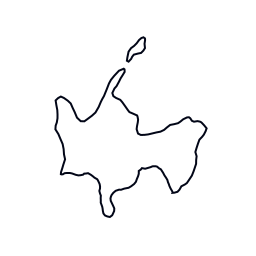 Neftchala District, Neftçala, Azerbaijan (Albers equal-area conic projection), rotated 203°
{"feature_id": "54616110B40961788089107", "entity_name": "Neftchala District", "entity_type": "district", "adm_level": 2, "iso_a3": "AZE", "parent_name": "Azerbaijan", "parent_adm1": "Neftçala", "projection": "albers", "projection_center": [49.058, 39.291], "detail": "fine", "context": "isolated", "style": "outline", "palette": "ink", "viewbox_px": 256, "rotation_deg": 203, "n_neighbors": 0, "source": "geoboundaries", "source_scale": "gbopen_adm2", "svg_char_len": 2613}
<svg xmlns="http://www.w3.org/2000/svg" viewBox="0 0 256 256"><g transform="rotate(203 128 128)"><path d="M61.7,85.7L60.0,86.6L57.9,88.3L57.5,88.6L56.5,91.4L56.1,95.2L53.6,98.2L52.3,100.3L51.5,104.3L50.6,109.1L50.7,113.8L51.3,121.6L52.8,125.3L53.8,128.8L56.6,132.2L57.1,136.5L57.5,141.2L57.7,145.2L56.3,148.9L55.6,151.5L55.3,155.5L55.4,156.6L55.5,158.4L58.9,160.2L62.3,161.7L63.6,162.0L64.6,161.9L66.7,161.5L69.7,159.6L72.0,159.6L74.5,161.3L76.1,161.7L77.4,161.0L77.8,160.8L80.6,157.6L82.2,154.5L83.8,152.0L87.1,149.5L90.4,147.3L92.5,143.5L94.0,140.4L96.7,137.3L100.0,135.1L103.5,132.5L106.9,130.0L110.2,128.1L113.5,126.6L116.6,126.8L119.6,130.3L120.4,133.1L121.2,137.0L122.0,139.7L123.6,142.1L124.5,143.1L129.7,143.2L132.9,143.2L134.9,144.3L138.9,146.8L143.3,149.5L146.1,150.9L150.8,151.0L153.9,151.6L156.1,154.1L155.9,159.1L154.9,162.0L154.4,167.1L154.2,170.8L153.6,174.4L153.2,177.2L153.0,178.3L154.1,180.6L155.1,180.9L158.7,177.2L161.1,170.6L162.5,165.7L162.9,161.6L162.7,155.2L162.6,148.0L163.0,144.7L163.2,141.5L163.2,139.7L163.2,135.9L164.0,129.5L166.0,125.2L169.1,119.9L170.8,117.1L174.2,115.8L179.0,117.6L183.3,121.8L186.7,124.8L190.3,128.2L194.1,129.6L198.7,130.6L202.1,130.7L204.0,128.3L205.4,125.1L202.9,121.1L200.1,116.9L198.2,113.0L196.7,109.4L195.7,105.3L195.5,101.9L194.3,98.4L189.7,95.2L185.9,91.5L181.9,87.7L179.0,83.4L176.6,78.7L173.7,74.6L173.2,69.0L172.8,65.6L172.4,61.2L171.5,58.5L171.4,59.2L169.9,59.9L168.7,61.6L167.1,62.5L163.8,63.9L161.8,64.3L157.8,64.5L155.1,65.0L153.1,66.1L151.1,67.5L150.5,68.9L149.0,69.6L147.1,70.8L143.8,70.4L141.4,69.8L139.5,69.2L136.3,68.8L135.2,68.0L133.6,66.6L132.2,65.3L130.9,63.3L130.1,61.3L129.8,58.9L128.1,56.7L126.6,55.2L125.8,52.9L124.7,50.6L123.9,48.6L121.0,45.5L119.9,43.9L118.7,41.8L117.2,39.7L115.0,38.5L112.5,38.5L109.9,39.0L108.5,41.4L108.4,42.3L108.3,46.1L109.2,48.6L111.2,50.5L112.9,52.0L115.4,54.2L116.6,56.3L116.9,58.1L116.9,59.9L116.2,62.6L114.8,65.4L112.2,67.7L110.2,68.5L107.8,70.7L105.6,72.2L104.1,73.2L102.4,75.5L100.5,78.8L99.7,81.6L99.9,84.4L99.9,87.6L100.2,90.1L101.3,92.7L100.0,94.7L99.5,96.5L96.3,97.2L93.6,99.4L91.9,100.8L90.5,102.3L87.6,103.6L86.1,103.8L83.6,103.0L81.6,102.8L78.2,100.5L75.9,98.6L73.7,97.2L71.5,95.6L70.0,93.7L68.4,92.2L67.4,91.0L65.2,89.0L62.8,87.2L61.9,86.4L61.7,86.0L61.7,85.7ZM146.8,216.0L147.4,217.1L149.2,217.5L150.8,216.1L152.2,213.3L153.1,209.4L154.5,205.9L156.4,202.7L157.3,198.5L156.2,192.9L155.3,189.5L153.4,189.3L152.5,191.8L152.1,192.8L152.0,195.2L151.3,197.8L147.8,200.5L145.3,202.2L144.1,205.2L143.6,208.2L145.7,212.0L146.5,215.2L146.8,216.0Z" fill="none" stroke="#020617" stroke-width="2"/></g></svg>